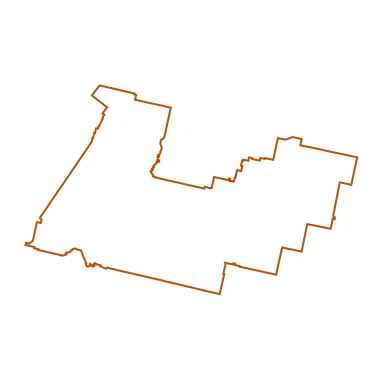 Narrandera, New South Wales, Australia (orthographic projection), rotated 94°
{"feature_id": "25037944B16840847352668", "entity_name": "Narrandera", "entity_type": "district", "adm_level": 2, "iso_a3": "AUS", "parent_name": "Australia", "parent_adm1": "New South Wales", "projection": "orthographic", "projection_center": [146.605, -34.591], "detail": "fine", "context": "isolated", "style": "outline", "palette": "amber", "viewbox_px": 384, "rotation_deg": 94, "n_neighbors": 0, "source": "geoboundaries", "source_scale": "gbopen_adm2", "svg_char_len": 5443}
<svg xmlns="http://www.w3.org/2000/svg" viewBox="0 0 384 384"><g transform="rotate(94 192 192)"><path d="M173.7,33.6L150.4,30.3L148.5,30.0L148.4,30.0L145.9,29.6L143.6,45.7L143.1,49.6L141.5,61.3L141.3,62.0L140.0,71.1L139.3,76.0L138.5,82.4L137.9,87.2L131.5,86.3L130.2,95.5L133.3,102.6L132.3,110.1L154.3,113.2L154.0,115.3L153.1,122.1L153.9,122.2L153.3,126.2L156.0,126.6L154.9,134.3L154.0,134.2L153.6,137.6L156.9,138.0L156.2,142.7L157.1,142.8L156.9,144.1L162.3,145.0L162.5,143.7L167.7,144.4L167.1,148.5L171.8,149.2L171.7,149.3L174.9,149.8L174.8,150.5L178.7,151.0L178.2,154.3L178.6,154.4L178.4,155.2L176.2,154.9L176.0,156.1L177.6,156.3L177.6,156.5L176.8,162.3L175.5,171.0L179.8,171.6L187.0,172.8L186.0,179.7L187.7,180.0L184.1,203.6L182.0,217.3L181.9,217.9L181.4,221.1L180.0,229.7L179.5,229.6L179.2,231.8L178.9,231.6L178.7,231.5L178.0,232.0L177.5,232.2L177.4,232.3L177.1,232.7L177.0,232.9L176.4,233.3L175.8,233.7L175.2,234.1L174.8,234.7L174.7,234.8L174.3,234.8L174.0,234.5L173.6,234.3L173.4,234.1L173.4,233.3L173.3,233.1L172.9,232.8L172.6,232.6L172.4,232.6L172.1,232.8L171.8,233.4L171.6,233.5L171.4,233.5L171.3,233.4L170.8,232.7L170.5,232.1L170.3,231.8L170.2,231.7L169.9,231.8L169.7,232.0L169.4,232.4L169.3,232.5L169.2,232.5L169.1,232.4L168.9,232.2L168.9,231.8L168.8,231.7L168.6,231.6L168.0,231.6L167.8,231.6L167.3,231.2L167.0,230.7L166.8,230.2L166.7,230.1L166.0,230.0L165.9,229.9L165.7,229.8L165.4,229.3L165.3,229.2L164.9,229.2L164.5,229.4L164.3,229.4L164.1,229.4L164.1,229.1L164.2,228.9L164.3,228.7L164.5,228.2L164.5,227.8L163.8,227.0L163.6,226.9L163.4,226.8L162.6,227.3L162.4,227.5L162.7,228.0L162.7,228.3L162.6,228.5L162.4,228.5L162.2,228.6L161.2,228.7L160.8,228.6L159.9,228.7L159.8,228.8L159.5,228.6L159.3,228.6L159.2,228.5L159.2,228.4L159.3,228.2L159.2,227.7L158.9,227.8L158.5,227.7L158.3,227.3L157.8,227.2L157.7,227.3L157.8,227.6L157.9,228.1L157.8,228.3L157.7,228.4L156.2,226.7L155.5,226.3L153.7,226.5L152.5,225.6L151.9,225.7L151.3,225.5L150.7,225.2L150.0,225.2L149.5,225.4L148.9,225.8L145.8,227.0L142.5,226.7L140.1,223.8L139.2,223.4L133.0,222.5L109.3,219.0L108.5,224.9L108.4,224.9L106.4,238.7L104.0,255.2L99.1,254.5L98.8,256.2L97.8,256.1L92.1,291.6L102.7,298.6L105.0,295.2L105.3,294.8L113.4,282.5L119.9,286.8L120.6,285.8L121.2,284.8L123.0,286.1L124.7,286.2L125.0,286.4L125.1,286.2L125.5,286.3L125.6,286.5L133.2,289.4L133.2,290.0L135.4,290.4L135.2,292.1L140.0,292.8L139.8,293.7L145.6,294.6L145.5,295.1L149.0,295.6L180.8,314.1L196.9,323.5L197.0,323.6L213.0,333.0L213.3,333.1L213.6,333.1L213.7,333.4L213.8,333.4L228.5,342.0L229.9,340.3L230.1,340.2L232.6,340.5L232.9,340.7L233.5,340.8L232.8,344.6L246.9,346.6L248.8,346.9L252.0,347.4L254.7,351.0L254.3,353.4L254.3,354.0L256.5,354.4L257.9,345.3L259.1,345.5L259.8,341.0L259.9,340.9L260.1,341.1L260.5,341.5L264.1,318.7L264.3,318.7L264.4,318.1L264.2,318.0L264.2,317.7L264.2,317.4L264.4,316.7L264.3,316.1L264.2,315.4L264.1,315.1L263.5,314.4L263.3,314.2L263.2,314.1L263.2,313.7L263.3,313.1L263.1,312.9L262.9,312.8L262.6,312.7L262.3,312.7L262.2,312.8L262.0,313.3L261.8,313.5L261.6,313.5L261.2,313.2L261.0,312.7L260.9,312.5L260.9,312.2L260.9,311.9L261.0,311.4L261.0,311.1L260.8,310.5L260.6,310.0L260.4,309.6L260.1,309.3L259.6,308.9L259.4,308.8L259.1,308.8L258.9,308.8L258.9,308.5L259.0,308.3L259.0,308.1L258.7,307.8L258.3,307.8L258.2,307.8L258.2,307.7L258.3,307.4L258.2,307.3L257.9,307.3L257.6,307.1L257.6,306.9L257.2,306.6L256.8,305.9L256.8,305.6L256.6,305.3L256.6,305.2L256.8,304.9L256.8,304.5L256.8,304.3L256.7,304.2L256.7,303.8L256.7,303.7L256.8,303.2L257.1,303.0L257.3,302.7L257.6,302.0L257.6,301.6L257.5,301.2L257.5,300.9L257.9,300.0L258.1,299.4L258.2,299.2L258.1,298.9L258.1,298.6L260.8,297.3L265.7,295.2L265.8,294.9L270.5,292.5L270.8,293.0L273.3,291.8L273.2,291.6L273.1,291.3L273.2,291.2L273.5,290.8L273.6,290.5L273.6,290.4L273.1,289.6L272.9,289.1L272.6,288.6L272.4,288.5L272.3,288.3L272.1,288.3L271.9,288.4L271.4,288.9L271.2,289.0L270.8,288.9L270.8,288.5L270.9,288.3L271.6,287.2L271.9,287.0L272.6,286.8L272.9,286.6L273.1,286.5L273.2,286.3L273.2,286.2L273.0,285.6L273.0,285.4L273.0,285.2L273.1,284.9L272.9,284.6L272.4,284.3L272.2,284.2L272.0,284.3L271.9,284.4L271.8,284.7L271.6,284.8L271.4,285.0L270.9,285.0L270.3,284.8L270.1,284.7L269.9,284.4L269.8,284.2L269.8,283.9L269.9,283.7L270.2,283.2L270.5,282.6L270.6,282.4L270.6,282.2L270.8,282.2L271.5,278.1L272.6,278.3L272.7,278.1L272.6,277.7L272.7,277.3L272.9,276.7L273.4,275.7L273.7,274.9L274.1,273.8L274.4,273.1L274.4,272.6L274.3,272.3L273.7,271.5L273.7,271.3L273.7,271.2L273.4,271.0L273.5,270.9L274.3,266.0L274.6,263.7L275.0,261.5L275.2,260.7L276.4,253.2L276.8,250.4L277.7,244.6L277.8,244.4L278.0,242.9L280.4,227.6L280.6,227.1L282.4,214.9L282.7,214.2L282.8,213.8L284.0,205.7L284.2,205.1L284.3,204.5L284.3,204.3L284.3,204.1L285.5,196.6L288.4,178.6L288.5,178.6L289.2,173.9L289.4,174.0L291.1,162.4L291.9,157.3L289.7,157.0L289.7,156.9L285.6,156.3L271.7,154.1L271.6,155.0L261.4,153.5L261.2,153.5L260.3,154.0L261.4,146.0L260.3,145.8L260.5,144.3L261.7,144.5L262.5,139.3L263.2,139.4L264.2,132.9L264.2,132.4L265.0,126.8L265.3,124.8L267.1,112.6L268.6,102.3L248.5,99.3L241.0,98.2L241.1,97.5L241.3,96.8L241.7,93.5L241.8,93.4L242.1,92.0L241.9,92.1L243.8,78.5L226.6,76.2L216.6,74.9L216.3,74.8L216.3,74.7L216.0,74.7L219.0,51.1L209.0,49.8L209.2,47.8L207.4,47.6L207.3,48.5L207.1,48.9L207.0,49.0L206.8,49.2L206.5,49.4L206.1,49.6L205.8,49.5L202.2,49.1L201.9,49.0L201.8,48.9L172.1,45.3L172.3,43.4L173.7,33.6Z" fill="none" stroke="#b45309" stroke-width="2"/></g></svg>